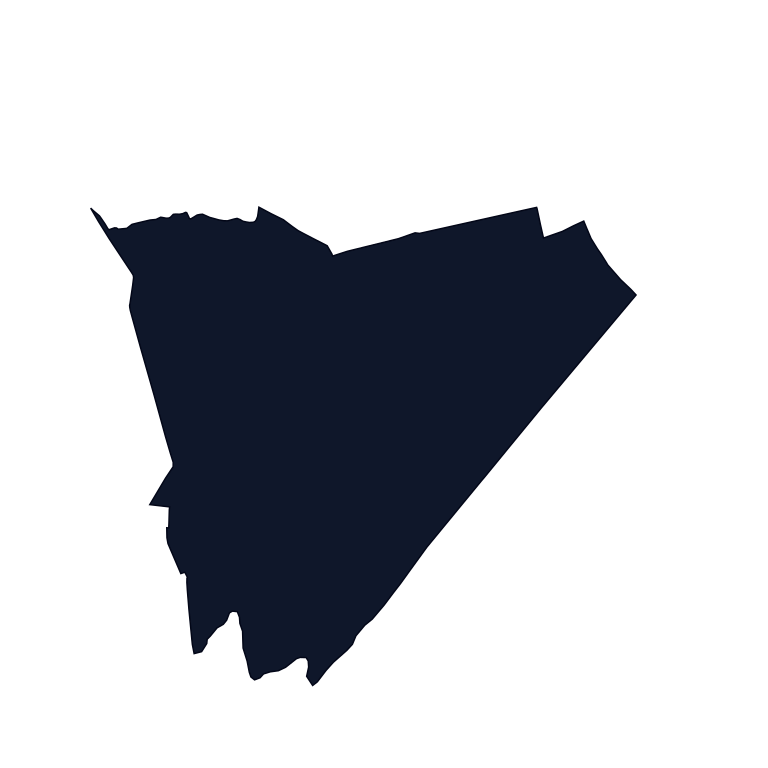 Quan 6, Hồ Chí Minh city, Vietnam, rotated 341°
{"feature_id": "81297802B35379290873600", "entity_name": "Quan 6", "entity_type": "district", "adm_level": 2, "iso_a3": "VNM", "parent_name": "Vietnam", "parent_adm1": "Hồ Chí Minh city", "projection": "albers", "projection_center": [106.632, 10.746], "detail": "fine", "context": "isolated", "style": "filled", "palette": "ink", "viewbox_px": 768, "rotation_deg": 341, "n_neighbors": 0, "source": "geoboundaries", "source_scale": "gbopen_adm2", "svg_char_len": 2283}
<svg xmlns="http://www.w3.org/2000/svg" viewBox="0 0 768 768"><g transform="rotate(341 384 384)"><path d="M116.7,577.1L124.4,577.7L131.9,571.7L133.7,567.8L137.7,565.8L146.8,560.2L153.8,558.9L158.3,556.1L163.3,550.1L166.7,549.4L171.2,551.5L171.4,557.5L169.8,563.5L169.8,571.7L164.8,587.8L164.4,601.4L162.8,612.7L162.8,617.7L165.3,621.6L171.2,621.4L175.7,618.9L182.7,619.1L190.8,620.7L198.7,619.8L211.8,615.2L215.7,615.2L221.3,617.3L222.2,621.2L220.6,627.1L215.7,635.2L218.4,645.8L224.0,643.9L236.0,635.9L245.5,630.6L262.2,623.7L269.4,619.8L275.5,612.9L287.3,605.8L296.3,602.5L312.1,593.1L324.5,584.7L328.6,582.0L334.7,578.0L348.0,568.6L371.4,552.2L444.5,507.3L447.9,505.3L478.7,486.3L480.3,485.3L524.5,458.1L564.6,434.0L589.4,419.1L651.3,381.9L648.2,374.9L641.7,362.4L634.3,344.2L633.8,341.6L633.1,338.6L631.6,332.1L629.8,325.8L627.1,313.8L626.5,304.5L626.4,303.5L625.9,295.0L614.8,296.1L602.3,297.8L582.3,297.9L583.8,284.2L585.8,268.0L585.8,266.7L570.1,264.9L525.1,259.8L466.7,253.2L463.0,251.4L462.6,251.2L445.0,251.3L392.5,246.6L376.9,246.3L377.1,244.4L375.3,234.8L363.3,222.3L356.3,214.9L352.7,211.0L349.9,207.1L348.4,205.0L343.7,198.0L342.4,196.0L332.7,186.2L323.3,176.1L320.8,181.1L319.1,184.4L316.8,187.1L314.9,188.4L313.0,188.5L309.4,187.5L306.4,185.9L303.5,184.1L301.5,181.7L299.0,179.6L295.9,179.2L289.3,178.8L285.7,177.5L281.3,175.1L276.5,171.8L273.5,169.8L267.7,164.4L265.3,163.8L262.3,163.4L258.8,164.2L255.0,165.0L253.9,164.2L253.7,161.8L253.2,157.7L252.2,157.1L249.2,157.4L245.9,156.9L242.2,155.5L240.0,155.0L236.2,156.9L234.2,157.0L232.0,156.3L228.3,154.2L227.1,153.6L222.0,154.2L216.2,152.8L203.4,151.5L197.7,151.0L191.5,153.1L183.1,151.1L181.9,149.4L180.0,148.6L176.5,148.6L174.3,148.6L173.5,147.4L172.3,141.7L170.5,135.1L169.7,132.4L165.5,125.3L163.9,122.2L167.0,137.6L171.5,157.2L180.2,190.9L181.5,195.8L182.3,199.3L182.0,201.5L181.3,203.1L178.6,208.7L170.0,225.3L169.1,226.8L168.6,228.6L168.1,231.8L167.6,239.2L165.7,269.8L163.0,319.8L160.3,362.5L159.5,379.4L159.2,389.4L157.7,393.6L146.8,401.9L123.3,421.8L141.3,430.4L140.0,433.2L135.2,446.0L133.6,450.0L131.8,449.2L128.7,458.8L127.8,464.6L130.2,497.1L134.4,497.1L135.2,502.8L134.5,503.4L133.0,507.5L131.0,514.7L126.2,533.5L118.0,567.8L116.7,577.1Z" fill="#0f172a" stroke="#020617" stroke-width="1.5"/></g></svg>